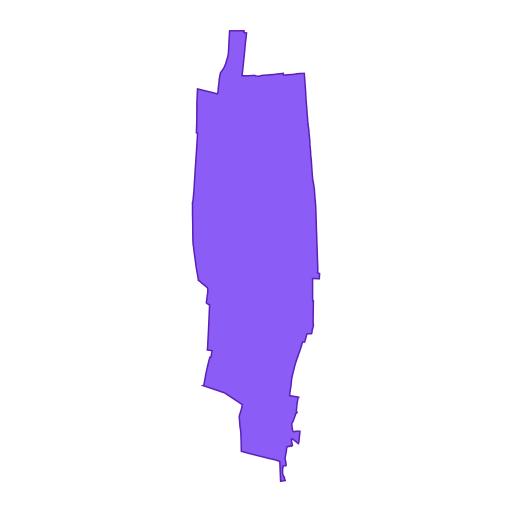 the district of Smardan, Galati, Romania
{"feature_id": "2599482B33788792508328", "entity_name": "Smardan", "entity_type": "district", "adm_level": 2, "iso_a3": "ROU", "parent_name": "Romania", "parent_adm1": "Galati", "projection": "mercator", "projection_center": [27.93, 45.569], "detail": "fine", "context": "isolated", "style": "filled", "palette": "violet", "viewbox_px": 512, "rotation_deg": 0, "n_neighbors": 0, "source": "geoboundaries", "source_scale": "gbopen_adm2", "svg_char_len": 5538}
<svg xmlns="http://www.w3.org/2000/svg" viewBox="0 0 512 512"><path d="M299.3,397.3L297.3,396.9L294.1,396.4L293.8,396.3L293.6,396.3L289.6,395.6L289.9,392.9L290.9,386.3L291.6,379.8L291.7,379.3L291.8,378.3L291.9,377.6L292.5,375.0L293.2,372.2L294.3,367.6L295.0,365.0L295.6,362.9L296.0,361.9L296.4,360.5L297.1,358.3L298.0,356.1L299.0,353.0L299.6,351.4L300.7,348.2L302.6,342.0L304.6,342.1L305.4,339.5L306.3,336.3L306.9,333.8L311.5,333.7L311.8,332.9L312.1,331.2L312.2,330.1L312.5,329.0L312.8,328.1L313.0,327.0L313.4,325.9L313.4,325.2L313.4,324.7L313.2,322.9L313.1,321.3L313.4,300.9L312.7,300.9L312.6,299.2L312.6,286.4L312.6,278.5L319.3,278.8L319.6,273.5L317.5,272.8L317.9,270.1L317.8,268.8L317.3,254.0L317.0,245.6L316.6,233.0L316.5,231.4L316.3,224.8L316.1,218.1L315.9,211.5L315.8,208.5L315.6,204.9L315.4,202.0L315.0,198.4L314.4,189.7L313.8,185.3L312.8,179.4L312.6,179.0L312.6,177.5L312.4,176.0L311.7,166.4L311.5,163.3L311.3,160.2L310.9,156.3L310.7,155.4L310.6,154.9L310.6,154.2L310.7,153.6L310.6,151.5L310.5,150.5L310.4,149.5L310.3,148.1L310.2,146.9L309.9,145.8L309.9,145.0L309.9,144.2L309.9,142.4L309.8,141.5L309.8,140.4L309.3,135.4L309.0,132.9L309.0,132.0L308.8,129.5L308.2,125.6L308.1,124.0L307.9,124.0L307.8,122.6L307.5,117.5L307.1,113.2L306.6,106.1L306.2,101.6L305.9,97.1L305.7,92.8L305.6,91.2L304.9,81.6L304.3,73.4L303.5,73.4L302.4,73.4L300.6,73.5L299.4,73.5L296.7,73.8L295.1,74.1L293.7,74.4L288.5,74.7L283.5,75.2L283.3,73.3L279.5,73.8L278.2,73.9L272.7,74.6L270.3,74.7L269.7,74.8L266.7,75.1L261.8,75.4L258.9,76.3L257.3,76.2L255.4,75.9L255.2,75.7L254.7,75.4L250.6,75.6L247.5,75.8L242.1,75.7L244.6,52.0L245.6,41.0L245.8,39.9L246.4,34.4L246.5,32.9L245.6,32.9L244.4,32.8L244.1,32.6L244.0,30.7L238.5,30.8L229.6,30.8L229.0,41.3L228.8,45.8L228.3,54.1L228.1,54.9L227.9,56.1L227.8,56.5L225.8,63.3L225.8,63.6L225.1,65.1L224.1,67.4L223.8,68.0L222.5,70.0L221.5,71.3L220.4,72.9L220.2,74.4L219.9,75.2L219.8,75.9L219.6,77.3L219.3,78.8L219.1,79.8L219.1,80.6L219.1,82.2L219.0,83.0L218.6,85.3L218.4,87.2L218.2,88.5L218.1,91.4L217.5,93.9L210.2,92.0L208.2,91.5L206.8,91.2L205.7,90.9L204.0,90.5L201.3,89.8L199.5,89.4L197.5,88.9L197.2,95.9L196.9,102.6L196.8,119.1L196.4,132.8L197.6,133.0L197.2,139.6L196.3,153.5L195.3,168.2L193.9,190.7L193.7,193.0L193.1,199.4L193.0,200.3L192.9,201.0L192.9,201.3L192.9,201.5L192.8,201.9L192.8,202.0L192.7,202.1L192.5,202.3L192.4,202.6L192.4,202.8L192.5,204.5L192.5,205.5L192.5,206.0L192.5,207.6L192.5,208.3L192.5,209.7L192.5,210.4L192.5,211.1L192.5,212.0L192.5,212.7L192.5,213.3L192.5,214.0L192.5,214.6L192.5,214.8L192.5,215.5L192.6,217.7L192.6,219.2L192.7,223.0L192.7,225.4L192.8,227.9L192.8,231.2L192.8,234.8L192.9,240.2L193.1,244.2L193.3,245.4L193.6,247.5L194.3,253.3L196.2,267.3L198.1,278.2L198.4,280.5L200.1,281.5L200.6,282.0L201.5,282.9L202.7,283.9L205.0,285.7L207.2,287.5L207.4,287.8L207.7,289.0L207.8,289.8L207.7,292.3L207.2,296.2L206.4,302.0L206.3,302.7L206.5,303.1L207.5,303.8L208.9,304.7L209.6,304.9L208.6,327.2L208.3,333.9L208.1,337.0L208.1,338.4L207.9,340.5L207.8,343.5L207.6,347.0L207.3,350.0L212.0,350.6L211.0,357.2L210.0,357.1L209.8,357.3L209.1,360.0L208.1,363.9L207.9,364.7L205.9,373.6L204.8,379.8L204.2,383.0L203.7,385.5L203.1,385.6L203.8,385.9L206.0,386.6L208.7,387.5L224.3,392.8L224.7,393.0L225.1,393.2L225.7,393.6L242.4,404.7L241.2,409.8L240.1,413.3L239.2,416.2L239.8,424.1L239.9,425.9L240.8,432.0L241.1,441.3L241.3,451.3L248.4,453.3L262.8,456.9L268.4,458.3L270.3,458.8L270.9,458.9L272.1,459.1L272.4,459.2L276.4,460.2L277.4,460.6L279.8,461.5L280.6,481.3L285.9,480.4L285.3,480.3L285.1,480.2L284.9,480.2L284.7,479.8L284.7,479.5L284.6,479.0L284.5,478.5L284.4,478.0L284.4,477.6L284.4,477.4L284.4,477.2L284.0,477.1L283.9,476.8L283.8,476.6L283.7,476.4L283.5,476.1L283.4,475.7L283.1,475.4L283.0,475.1L282.9,474.7L282.9,474.4L282.8,474.0L282.7,473.7L282.7,473.4L282.6,473.1L282.6,472.8L282.6,472.4L282.6,471.7L282.6,471.3L282.6,471.1L282.6,470.7L282.6,470.1L282.6,469.3L282.6,468.5L282.6,468.3L282.6,468.1L282.9,468.0L283.0,467.9L283.0,467.5L282.9,467.2L283.0,466.7L282.9,466.2L283.0,465.9L284.5,465.8L285.1,465.8L285.9,465.8L286.0,465.2L286.1,464.9L286.2,464.7L286.1,464.2L286.1,463.9L286.0,463.5L285.9,463.1L285.8,462.4L285.8,462.1L285.7,461.7L285.6,461.0L285.6,460.6L285.3,460.1L285.2,459.8L285.2,459.5L285.1,459.3L285.1,459.0L285.1,458.7L285.1,458.3L285.1,458.1L285.1,457.9L285.1,457.7L285.2,457.1L285.2,456.9L285.3,456.7L285.4,456.3L285.4,455.9L285.5,455.6L285.6,455.2L285.7,454.6L285.8,454.4L285.8,454.1L285.9,453.7L285.9,453.4L286.0,452.9L286.1,452.7L286.1,452.4L286.2,452.0L286.3,451.7L286.4,451.3L286.4,450.6L286.5,449.9L286.5,449.7L286.6,449.2L286.6,448.7L286.6,448.4L286.6,448.2L286.7,447.9L286.8,447.6L287.0,447.3L287.0,447.2L287.0,446.9L287.0,446.7L289.7,446.4L290.5,445.5L291.6,446.3L292.5,445.2L292.3,444.3L291.9,442.8L291.5,440.7L291.3,439.8L291.3,439.5L291.3,439.3L291.5,439.2L291.8,439.0L292.0,438.8L292.7,439.1L292.8,439.2L293.2,439.5L298.3,443.6L298.4,443.3L298.5,443.1L298.8,442.5L299.9,432.3L299.9,431.2L299.1,431.2L297.8,431.2L297.2,431.2L296.0,431.2L295.9,431.3L295.1,431.5L294.9,431.5L294.0,431.8L293.4,431.6L293.1,431.4L292.7,430.5L292.4,429.0L292.3,428.6L292.1,427.4L292.0,426.1L291.8,424.7L292.0,423.0L293.2,421.1L293.9,419.0L295.2,415.6L295.2,415.2L295.3,414.8L295.5,414.4L295.7,413.6L295.9,413.4L296.2,413.2L296.6,413.1L296.9,412.9L297.0,412.6L297.1,412.3L296.9,412.1L296.6,412.1L296.4,411.9L296.4,411.5L296.4,410.5L296.9,405.5L296.8,404.8L297.0,404.2L297.8,399.2L298.1,398.0L298.3,397.6L298.5,397.6L298.9,397.4L299.3,397.3Z" fill="#8b5cf6" stroke="#5b21b6" stroke-width="1.5"/></svg>